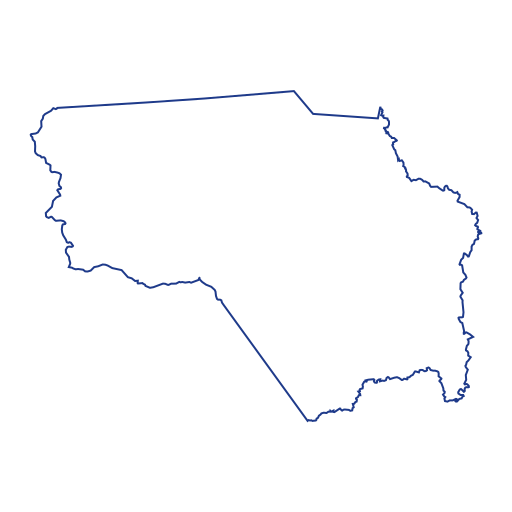 the district of La Mesa, Veraguas, Panama
{"feature_id": "35544464B90522605165163", "entity_name": "La Mesa", "entity_type": "district", "adm_level": 2, "iso_a3": "PAN", "parent_name": "Panama", "parent_adm1": "Veraguas", "projection": "orthographic", "projection_center": [-81.193, 8.152], "detail": "fine", "context": "isolated", "style": "outline", "palette": "blue", "viewbox_px": 512, "rotation_deg": 0, "n_neighbors": 0, "source": "geoboundaries", "source_scale": "gbopen_adm2", "svg_char_len": 6028}
<svg xmlns="http://www.w3.org/2000/svg" viewBox="0 0 512 512"><path d="M65.5,223.4L65.1,224.0L62.9,224.4L62.3,225.4L61.8,229.3L62.2,232.6L63.2,235.3L65.9,239.7L66.8,242.2L68.2,242.8L69.4,242.2L70.9,242.7L73.0,245.8L72.8,246.3L71.7,246.9L69.0,246.6L67.4,247.0L65.8,249.8L66.0,252.6L69.0,256.9L69.3,259.6L70.2,262.7L70.2,263.7L68.8,267.1L72.0,267.7L73.3,268.5L75.7,269.3L78.1,269.0L83.1,269.7L85.2,271.4L87.6,271.5L90.7,270.6L94.2,267.1L98.1,266.3L102.7,264.5L105.3,264.7L107.6,265.5L112.3,268.1L121.6,270.1L127.9,277.2L131.7,278.3L135.1,281.0L137.8,280.7L137.6,283.0L138.0,283.5L142.5,283.1L143.0,283.7L145.0,284.7L145.5,285.9L150.0,287.8L153.4,287.2L163.0,283.6L165.3,283.8L167.6,284.8L168.6,284.9L171.1,283.7L176.1,283.6L179.3,281.9L180.5,282.3L182.3,282.0L185.2,282.6L189.4,282.0L191.1,282.7L198.4,280.0L199.4,277.8L200.0,277.4L199.4,278.3L199.4,279.1L202.2,282.0L206.1,284.7L211.3,286.8L214.7,289.9L215.5,291.6L216.0,296.0L217.0,298.9L218.1,299.7L220.1,299.7L221.3,300.3L222.0,302.6L223.8,305.2L307.6,420.9L308.5,420.1L310.1,420.5L311.3,420.3L312.4,420.9L315.8,420.5L316.3,420.0L316.6,418.6L318.0,417.8L318.9,415.7L320.5,414.6L321.4,413.4L323.8,412.7L326.5,413.0L328.4,411.7L330.1,411.7L330.3,410.8L331.2,411.7L333.4,410.6L333.3,411.9L334.4,412.1L339.8,408.5L340.3,408.6L340.5,409.3L342.1,410.6L343.5,409.7L344.7,409.5L348.9,409.9L350.3,410.8L352.2,410.4L352.6,408.1L353.7,407.3L352.8,403.9L354.3,403.7L355.3,402.1L356.6,401.6L356.9,399.8L356.0,398.8L356.0,398.3L358.0,397.0L358.8,395.2L360.3,395.2L360.1,393.9L358.3,391.5L359.9,391.1L359.6,389.8L360.0,389.1L362.6,388.4L362.9,386.6L362.5,384.7L364.2,381.7L364.9,381.4L366.5,381.6L366.8,380.9L365.6,380.8L365.5,380.4L368.3,379.7L373.7,379.2L374.4,380.0L373.9,381.1L374.3,382.0L374.9,382.6L376.5,382.8L376.9,382.6L377.1,380.7L378.9,379.5L380.3,379.3L380.0,381.3L382.6,380.6L384.1,380.9L385.9,380.2L386.6,377.9L387.9,377.0L388.7,377.4L390.0,379.1L394.3,377.7L397.0,377.2L399.2,378.1L401.8,380.0L402.6,379.9L404.1,378.7L407.1,379.4L407.4,379.2L407.4,377.5L409.5,377.2L410.9,375.8L412.8,374.9L414.9,371.5L415.6,371.4L418.9,372.4L419.7,370.2L421.0,369.9L422.6,370.0L424.4,371.2L425.8,371.1L427.0,370.3L426.7,368.2L428.5,367.5L429.5,368.1L430.6,370.0L433.3,370.7L435.2,370.7L437.5,371.4L438.3,372.0L438.7,373.5L438.6,376.3L441.4,378.5L441.2,379.2L439.5,380.6L439.4,381.1L441.4,383.2L443.3,388.3L443.5,390.6L444.7,391.7L444.6,392.9L443.0,394.6L444.3,396.5L445.3,397.1L444.4,398.6L445.0,401.1L447.5,401.6L449.7,400.4L452.7,400.4L455.9,398.9L456.6,399.0L457.2,399.7L455.6,400.0L455.3,401.0L456.0,401.6L457.0,401.5L459.4,398.9L461.6,398.4L462.6,396.5L463.7,396.0L463.2,395.0L460.6,395.0L458.4,393.5L458.2,392.2L459.6,389.8L460.4,389.1L461.2,389.1L463.9,391.8L464.8,390.9L464.6,389.1L465.2,387.7L466.2,387.2L468.3,387.3L468.9,387.0L468.7,385.8L467.3,384.3L466.6,384.0L464.9,384.4L464.3,383.7L466.2,379.8L465.8,375.0L467.8,369.7L465.8,367.1L465.4,365.9L466.1,364.8L466.7,362.1L468.3,360.6L470.7,357.2L468.2,355.6L468.3,352.8L467.5,351.3L466.0,350.4L465.9,349.5L466.9,345.7L468.2,344.4L468.5,343.4L468.6,341.1L467.8,339.4L473.1,336.9L469.9,334.3L466.5,332.4L465.8,332.4L464.3,333.8L463.8,333.8L463.7,332.9L464.1,331.1L462.3,323.0L460.4,322.0L458.7,318.9L458.5,317.8L459.0,317.4L462.2,317.3L463.0,316.9L463.5,312.3L462.5,302.2L462.6,300.3L460.4,296.7L460.7,295.5L462.7,292.8L460.4,289.2L460.6,283.2L461.1,282.4L463.0,281.6L463.9,279.9L466.0,278.4L466.5,277.5L465.4,274.8L463.3,272.5L462.1,265.3L461.1,264.7L459.8,264.8L459.5,264.3L461.2,259.7L463.1,257.9L463.9,253.5L464.6,253.4L466.8,255.0L468.1,256.6L468.8,256.4L470.2,252.2L471.6,250.2L471.6,246.6L472.5,244.8L474.0,243.9L474.7,240.6L476.2,239.4L478.0,239.2L478.3,238.4L477.7,236.5L478.1,234.7L478.8,234.1L481.3,233.3L481.2,232.6L480.7,232.2L479.9,232.2L478.9,232.8L478.2,232.4L478.1,231.9L479.8,230.6L477.4,229.3L477.4,228.5L478.0,227.3L477.8,226.6L475.8,225.9L475.1,225.2L475.8,223.9L477.2,222.8L478.1,220.0L476.5,218.0L477.6,215.9L476.7,212.6L475.9,212.5L474.0,214.1L472.2,214.0L471.6,211.5L472.1,209.7L470.4,207.9L469.4,207.4L467.4,207.3L464.4,204.1L457.7,201.6L457.5,200.7L459.6,197.0L459.6,194.7L458.1,194.0L457.3,192.1L455.9,192.9L454.2,192.7L453.3,192.3L451.4,190.2L449.2,189.8L447.9,188.3L447.4,186.5L446.8,185.8L446.0,185.8L444.9,186.6L444.3,187.8L444.3,190.1L443.7,190.6L442.8,190.6L439.2,188.2L437.4,186.6L431.1,186.9L430.1,185.8L429.2,183.5L425.4,181.4L423.6,181.5L422.2,179.9L420.3,178.8L418.6,178.7L415.9,180.2L413.6,179.8L411.4,181.1L409.1,177.8L406.9,177.0L406.8,176.4L407.7,175.4L407.5,173.5L406.0,171.3L406.1,170.1L405.5,168.3L405.1,168.4L404.8,167.1L403.2,166.1L403.6,164.7L403.4,162.5L401.8,160.3L399.6,161.0L399.1,160.6L398.9,159.3L398.1,160.2L397.6,156.5L395.9,153.2L395.3,150.2L394.2,149.3L392.3,145.1L393.2,144.4L392.9,143.0L393.2,142.3L394.3,142.0L395.6,141.0L396.5,140.9L396.8,140.4L394.1,138.0L391.8,138.0L391.2,136.7L389.8,136.0L388.3,133.6L387.2,133.4L388.2,132.7L388.0,132.2L387.7,131.9L386.4,132.3L385.7,131.4L385.9,130.4L385.0,129.7L385.1,128.6L384.0,128.3L384.1,127.8L385.3,127.9L386.8,127.3L387.6,127.4L389.0,124.5L389.0,121.8L388.6,120.7L387.7,119.9L387.5,118.5L383.8,117.9L383.3,117.3L383.4,115.6L382.4,115.8L381.1,115.2L382.5,112.2L381.9,111.5L382.6,110.4L382.0,109.4L380.9,109.1L380.3,106.8L377.9,118.4L313.1,113.9L293.9,91.1L204.5,98.5L146.0,102.5L57.3,107.9L56.7,108.7L55.8,109.1L53.3,108.2L51.0,110.8L45.0,114.1L43.3,115.9L42.8,118.7L41.2,121.1L41.5,126.7L37.9,132.4L35.7,133.5L31.2,134.1L30.7,134.8L31.2,136.1L32.3,137.1L32.7,139.5L34.8,141.7L35.2,146.2L35.0,151.4L35.7,153.2L37.8,155.1L40.5,156.0L41.5,157.4L43.8,157.2L44.7,157.8L45.4,159.0L46.1,162.9L49.7,164.7L50.5,165.4L50.3,170.3L51.4,171.9L52.2,172.2L54.6,171.9L57.6,172.6L59.5,173.3L61.0,174.7L60.5,178.1L59.0,181.8L58.7,183.3L59.4,185.9L60.9,187.2L61.1,188.1L60.5,188.9L58.1,189.3L57.3,190.2L60.1,194.6L60.3,195.7L56.4,197.4L53.1,200.9L51.9,206.8L45.8,213.0L46.1,216.3L46.8,217.1L48.7,217.9L51.1,216.7L51.8,216.9L54.8,220.1L55.9,220.8L60.7,220.4L63.7,221.2L65.2,222.5L65.5,223.4Z" fill="none" stroke="#1e3a8a" stroke-width="2"/></svg>